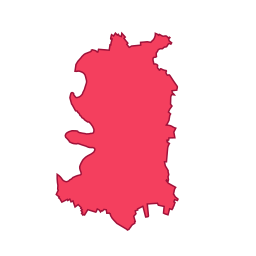 Thanh Oai, Ha Noi, Vietnam (Albers equal-area conic projection), rotated 15°
{"feature_id": "81297802B69083052749589", "entity_name": "Thanh Oai", "entity_type": "district", "adm_level": 2, "iso_a3": "VNM", "parent_name": "Vietnam", "parent_adm1": "Ha Noi", "projection": "albers", "projection_center": [105.783, 20.86], "detail": "fine", "context": "isolated", "style": "filled", "palette": "rose", "viewbox_px": 256, "rotation_deg": 15, "n_neighbors": 0, "source": "geoboundaries", "source_scale": "gbopen_adm2", "svg_char_len": 5743}
<svg xmlns="http://www.w3.org/2000/svg" viewBox="0 0 256 256"><g transform="rotate(15 128 128)"><path d="M71.6,191.1L72.7,195.3L74.0,199.0L75.2,201.7L75.9,205.2L76.7,206.1L75.9,210.8L79.4,212.4L79.2,213.4L80.2,213.7L83.3,216.7L87.8,212.7L88.6,213.6L90.2,211.8L92.1,214.1L93.7,212.7L97.3,218.0L99.7,214.9L103.5,217.1L103.2,217.9L104.9,218.8L104.1,220.0L105.8,221.2L105.2,222.4L107.0,223.8L107.7,222.9L108.6,223.2L110.3,217.3L118.7,217.6L119.0,216.9L119.3,214.2L121.0,214.5L121.8,214.9L123.2,216.2L123.9,214.8L124.9,214.7L125.8,212.9L128.2,212.6L129.6,215.8L132.0,215.1L132.2,215.4L133.0,215.4L134.0,217.2L136.0,219.2L137.9,220.5L141.9,223.0L153.2,226.2L153.8,226.7L155.1,225.7L155.5,224.5L156.2,222.9L156.6,221.6L157.2,220.4L157.5,220.0L158.5,219.0L159.2,218.1L158.7,216.9L159.2,216.5L156.4,211.8L157.9,208.7L157.3,207.9L156.5,206.1L158.6,204.7L158.2,203.7L162.6,199.8L163.1,200.5L168.1,209.4L169.2,209.0L170.3,208.4L170.5,208.0L170.4,207.3L166.3,196.4L171.1,194.7L175.9,193.1L177.3,194.7L183.2,194.4L184.3,201.0L186.3,201.4L187.5,201.4L188.4,201.5L189.1,201.5L189.1,195.2L190.7,195.3L191.6,195.4L192.1,193.9L192.1,192.6L192.5,191.1L192.5,189.6L192.7,187.8L192.6,187.7L191.7,187.7L191.4,187.3L191.6,185.1L194.4,185.3L194.6,184.6L194.7,183.8L194.7,183.7L192.9,182.9L191.8,182.5L191.3,182.1L190.7,181.6L189.7,180.5L189.2,180.3L189.1,180.0L189.0,179.4L188.9,177.3L188.8,175.5L188.9,174.8L189.1,173.9L189.4,173.0L181.4,171.0L178.5,168.9L178.7,168.2L180.5,168.8L180.5,167.5L179.2,164.6L179.4,163.7L179.4,162.3L178.1,160.1L177.8,158.8L175.7,156.7L174.0,155.1L173.3,153.9L172.0,151.2L173.9,150.7L171.5,137.2L171.4,135.7L171.6,134.2L172.0,132.2L171.0,132.0L170.3,131.8L169.4,131.3L169.3,131.1L169.2,130.7L169.3,130.3L169.6,130.1L168.9,129.7L170.0,129.0L170.4,128.9L170.1,127.0L175.8,125.3L173.3,120.1L174.2,115.8L172.5,115.7L170.1,115.1L169.2,114.9L168.4,114.8L167.7,114.8L166.0,114.9L164.2,115.3L164.2,115.1L164.3,114.8L164.7,114.3L165.6,110.1L165.1,105.1L165.5,103.4L162.9,102.1L163.4,99.2L164.8,95.4L162.9,94.0L162.8,93.5L161.2,86.7L161.6,84.3L164.2,84.0L163.7,83.6L161.8,82.5L161.5,82.2L161.3,81.8L160.9,80.6L165.3,78.8L165.2,78.3L165.2,76.6L165.1,75.8L164.9,75.2L164.6,74.9L160.2,71.2L155.6,67.1L154.8,66.4L154.1,66.1L153.9,66.0L153.0,66.6L152.6,66.8L152.0,66.6L151.3,66.0L150.7,65.3L150.3,64.6L150.2,64.0L150.4,63.2L150.2,62.8L149.8,62.6L148.8,62.8L146.5,62.7L145.3,62.4L144.8,62.3L144.4,62.3L144.2,62.3L143.9,62.7L143.7,63.8L143.4,64.0L143.1,63.9L142.0,63.0L141.3,62.6L141.0,62.2L140.8,61.9L140.6,61.4L140.5,60.0L140.2,59.6L139.3,59.2L138.3,59.1L137.5,59.1L136.9,59.4L136.6,59.4L136.3,59.3L136.0,58.9L135.7,57.9L135.1,57.0L134.6,56.0L134.3,54.9L134.2,54.0L134.4,53.5L134.7,53.1L136.0,52.6L137.0,51.8L137.0,51.5L137.0,51.3L136.4,50.3L136.1,48.8L135.9,48.4L135.9,48.0L136.6,46.5L136.8,45.0L137.0,44.6L137.8,43.7L138.7,43.1L139.5,42.8L140.4,42.7L140.7,42.5L141.0,42.2L141.5,41.3L142.2,40.5L142.6,40.2L142.8,40.2L143.8,39.8L144.3,39.3L145.2,36.4L145.6,36.0L145.8,35.8L146.2,35.7L147.7,35.9L147.8,35.4L148.1,34.5L147.7,34.4L147.6,34.2L145.9,33.5L145.1,33.0L144.2,31.3L145.1,29.9L144.5,29.6L143.6,30.5L141.4,29.3L140.3,29.4L138.4,30.2L137.7,30.3L136.3,30.0L134.3,29.5L133.9,29.5L133.7,30.5L133.1,30.3L132.4,30.0L131.5,29.7L129.9,29.5L130.1,30.2L130.4,31.9L130.3,33.7L130.1,34.9L129.7,36.0L129.4,36.7L128.4,38.2L128.0,39.0L127.8,39.4L124.4,39.7L118.0,42.0L118.8,44.7L110.3,47.9L108.3,49.8L105.2,47.5L105.9,46.1L103.1,44.1L100.9,42.4L101.4,41.6L101.8,40.9L97.5,38.1L97.8,41.4L95.6,41.2L94.4,40.0L93.6,41.0L91.3,39.6L90.3,42.8L88.8,42.4L88.0,42.1L87.9,43.1L88.1,46.0L88.3,46.5L89.6,46.2L89.6,50.0L89.8,52.3L89.1,52.3L89.7,57.7L79.2,59.6L79.2,62.4L78.9,62.5L78.4,62.5L77.1,61.8L76.2,61.7L73.2,61.7L72.5,62.3L72.7,62.7L72.6,63.2L72.2,63.8L71.6,64.3L70.9,64.8L67.5,67.3L66.5,68.4L65.0,70.9L64.5,72.2L62.3,76.6L61.3,80.1L62.1,86.9L63.3,86.7L64.3,86.3L65.6,85.8L66.4,85.7L68.2,85.8L69.9,86.1L70.9,86.5L72.0,87.2L72.9,88.1L73.6,89.2L75.4,92.4L75.8,93.3L76.1,94.3L76.2,95.5L76.0,99.4L75.9,102.4L75.3,105.2L75.2,106.6L75.0,107.5L73.9,109.5L73.1,110.4L72.0,111.2L70.7,111.9L70.1,112.0L69.3,111.7L68.7,111.3L67.7,110.5L66.9,109.8L66.8,109.6L66.6,108.8L66.3,108.5L65.1,108.2L64.7,108.3L64.3,108.6L63.9,109.3L63.9,110.8L64.0,113.5L64.2,114.1L67.3,119.4L68.0,119.9L72.7,124.8L73.1,125.0L74.0,124.8L74.6,124.9L75.5,125.9L76.3,126.2L77.1,126.7L77.5,127.1L77.9,127.7L78.5,128.3L79.6,128.7L80.7,129.8L81.0,130.0L82.0,130.2L83.0,130.6L83.8,131.3L85.1,131.8L86.0,132.1L86.7,132.3L87.1,132.5L87.4,132.6L87.8,132.6L88.4,132.3L88.8,132.3L89.3,132.5L91.3,133.8L92.1,134.5L93.1,135.3L93.7,135.9L94.9,137.4L95.4,138.1L95.6,138.7L95.9,139.9L95.9,141.0L95.7,141.6L95.4,142.0L95.0,142.3L94.5,142.6L93.5,142.8L92.9,143.2L92.2,143.5L91.6,143.8L90.6,144.1L89.7,144.4L89.5,144.5L87.9,144.5L85.5,144.8L82.1,145.0L81.1,144.8L80.8,144.7L80.3,144.2L80.1,144.1L79.7,144.1L78.6,144.2L74.7,145.1L72.0,146.8L70.4,148.3L70.1,148.8L69.7,149.4L69.5,150.1L69.4,150.7L69.4,151.6L69.8,152.4L70.1,152.9L70.4,153.2L70.8,153.4L72.2,154.2L73.1,154.8L74.4,155.7L75.1,156.5L75.8,156.7L78.1,157.1L79.8,157.1L82.1,156.7L82.7,156.5L83.2,156.1L83.6,156.0L84.0,155.9L87.7,156.2L92.1,156.4L93.8,156.7L94.9,156.8L96.4,156.7L99.1,156.0L99.6,156.0L100.8,156.3L101.2,156.6L101.6,157.4L101.6,158.1L101.5,158.9L101.2,160.1L100.9,160.5L100.0,161.7L99.0,162.8L96.3,165.3L94.6,167.2L93.5,169.0L92.8,170.3L92.5,171.2L91.8,174.0L91.5,175.9L91.4,177.4L91.4,177.9L91.8,179.3L92.6,180.9L93.9,182.7L94.4,183.6L94.6,184.4L94.6,185.1L94.3,185.5L91.6,187.0L89.5,188.5L89.0,189.0L87.9,189.8L87.6,190.1L86.9,191.4L86.5,192.0L85.4,192.9L84.4,194.5L83.8,195.0L82.6,195.8L81.9,195.9L80.7,195.9L79.9,195.7L78.9,195.4L77.8,194.7L76.9,193.9L75.2,192.7L73.5,191.8L71.6,191.1Z" fill="#f43f5e" stroke="#9f1239" stroke-width="1.5"/></g></svg>